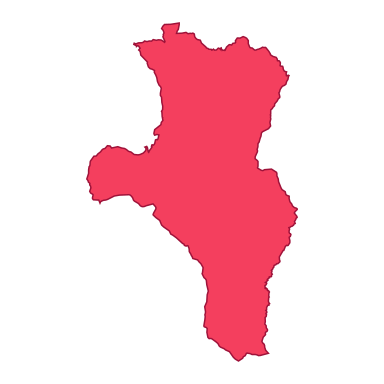 the district of Junín, Cundinamarca, Colombia
{"feature_id": "7082276B29638649258837", "entity_name": "Junín", "entity_type": "district", "adm_level": 2, "iso_a3": "COL", "parent_name": "Colombia", "parent_adm1": "Cundinamarca", "projection": "mercator", "projection_center": [-73.696, 4.691], "detail": "fine", "context": "isolated", "style": "filled", "palette": "rose", "viewbox_px": 384, "rotation_deg": 0, "n_neighbors": 0, "source": "geoboundaries", "source_scale": "gbopen_adm2", "svg_char_len": 5942}
<svg xmlns="http://www.w3.org/2000/svg" viewBox="0 0 384 384"><path d="M289.0,75.6L288.2,75.2L286.9,75.8L286.4,75.7L286.1,73.3L286.6,71.9L284.4,71.2L283.3,69.3L283.0,67.2L282.6,66.3L280.8,66.1L280.1,65.7L280.4,62.9L279.7,61.4L279.1,60.8L277.5,60.7L277.2,59.0L276.2,57.4L272.9,56.4L270.4,54.7L270.3,53.8L268.8,51.3L265.9,47.7L265.5,47.4L263.9,47.5L262.5,47.2L261.1,48.1L258.5,49.2L257.3,49.4L255.8,50.1L254.5,50.0L252.2,48.0L250.3,47.8L249.6,46.9L248.3,43.7L248.3,40.5L246.6,38.2L245.0,37.3L243.1,36.6L240.1,38.1L237.3,38.0L235.4,40.7L235.6,42.3L235.1,43.0L232.7,43.4L231.7,45.0L229.8,44.6L229.0,44.8L226.5,47.1L225.5,49.4L225.4,49.1L224.5,50.3L224.3,50.1L222.8,50.4L221.5,49.1L221.2,47.9L220.2,48.4L220.4,49.3L219.7,48.6L218.3,48.1L216.5,49.9L214.7,50.2L213.4,49.1L212.8,49.7L211.8,50.1L211.4,49.4L208.6,49.2L208.1,48.5L206.5,48.0L205.9,47.0L201.5,43.1L200.3,40.2L197.3,39.5L196.0,38.5L194.7,36.7L194.3,34.0L192.9,33.1L191.7,33.5L190.2,33.3L188.0,33.7L186.0,32.4L181.9,33.2L176.5,33.4L177.2,31.0L178.3,29.4L179.2,24.6L179.2,23.0L170.7,24.3L164.5,24.5L162.8,26.3L161.6,28.6L163.2,30.4L163.9,32.5L163.8,33.5L163.2,34.4L163.4,35.6L162.9,36.8L165.0,41.5L164.6,42.3L161.2,40.0L158.3,39.8L156.4,40.3L153.2,39.6L151.6,41.1L149.2,41.0L147.0,41.6L144.5,41.0L143.5,42.1L142.0,42.7L138.3,42.9L135.9,43.9L134.2,43.2L133.8,44.4L136.4,45.8L136.5,46.5L137.7,45.6L138.5,46.0L140.1,48.2L138.7,50.0L139.9,51.1L140.3,52.0L140.8,55.1L147.5,62.1L147.2,63.2L148.4,66.9L150.2,68.7L152.1,69.2L154.5,70.5L154.3,72.3L155.8,75.1L156.8,77.7L157.5,81.6L159.1,85.2L160.5,86.6L161.3,88.3L160.4,93.2L160.4,95.4L161.5,97.1L161.9,102.6L162.7,106.1L162.6,109.5L161.5,111.4L161.9,112.0L162.2,117.1L162.7,117.8L162.5,118.3L162.9,120.4L161.3,122.4L160.9,124.7L154.7,129.6L153.9,133.3L154.2,134.5L154.7,135.2L156.9,134.5L158.9,134.9L158.0,138.8L157.4,139.7L156.3,139.5L155.5,139.9L154.7,143.5L154.0,144.6L153.4,145.1L152.4,144.8L151.8,145.0L151.5,146.5L151.9,146.5L151.8,147.5L149.5,150.5L148.7,152.3L148.3,151.9L147.4,147.5L146.7,146.4L144.9,147.1L145.9,148.2L146.1,149.2L145.4,150.9L143.4,153.0L140.1,154.5L138.1,154.9L134.1,154.5L131.1,152.1L128.5,151.3L126.5,149.6L124.6,148.5L121.6,148.0L117.8,146.7L111.6,148.0L110.1,146.0L107.4,145.7L105.1,148.4L103.1,149.0L101.9,150.0L100.6,151.8L97.9,153.9L96.5,155.7L95.8,156.1L93.9,156.2L90.5,161.0L90.2,161.8L90.0,164.9L89.7,166.0L89.1,166.7L88.6,169.9L88.6,173.4L86.8,179.0L88.0,180.6L88.4,182.1L89.8,183.3L89.7,184.9L90.5,186.0L90.9,187.9L89.7,191.3L90.6,193.0L92.7,194.3L93.1,194.9L92.4,198.0L92.6,198.8L93.4,199.8L98.8,200.1L100.0,203.1L100.6,201.7L101.8,201.0L103.5,200.3L105.8,200.0L107.6,199.4L114.3,196.0L119.5,195.1L129.1,194.7L130.4,195.2L131.4,196.2L132.6,197.7L133.5,200.1L134.4,201.1L138.5,203.5L140.3,205.7L141.4,206.4L142.8,206.7L144.3,206.5L146.3,205.7L153.0,203.9L155.5,206.7L155.9,207.5L155.9,208.9L153.7,212.9L153.1,214.4L153.2,215.0L155.8,217.5L159.7,220.4L161.6,225.0L163.6,226.9L169.3,230.9L170.8,234.1L172.7,235.1L176.4,237.8L182.5,243.4L184.0,244.2L184.4,245.4L186.1,246.1L187.4,245.6L188.0,245.8L189.1,248.6L189.3,251.7L190.8,254.1L191.4,255.6L192.2,256.7L192.8,258.5L197.6,259.9L198.9,261.7L200.9,263.7L203.1,267.6L202.5,272.6L202.1,273.7L204.0,277.6L205.4,278.8L206.3,280.2L206.8,284.8L208.3,291.1L207.2,294.8L206.8,301.8L204.7,306.7L205.5,311.6L205.4,313.1L204.9,314.8L205.2,316.6L204.9,319.5L203.9,325.6L204.0,326.4L204.3,326.8L206.2,327.5L207.2,328.5L206.9,332.3L207.9,337.4L209.1,338.6L211.0,338.5L211.8,338.8L215.8,341.7L217.9,343.5L219.3,346.1L220.5,347.1L224.3,348.8L225.5,349.9L229.5,351.7L233.4,357.3L235.3,359.1L238.5,361.0L242.6,358.3L243.4,356.7L245.2,355.7L246.4,353.4L247.0,353.1L250.2,353.6L252.0,354.5L255.3,354.5L257.4,355.0L258.4,355.6L260.1,355.5L268.4,353.3L265.7,350.3L264.7,347.3L264.6,345.6L264.1,344.2L262.7,342.9L261.9,341.4L263.2,337.2L265.5,334.7L265.3,332.9L266.0,331.9L267.0,331.4L267.5,330.3L267.4,329.4L266.3,327.9L266.1,325.6L264.8,324.0L265.3,321.8L265.1,317.5L266.2,316.4L266.5,314.5L265.9,313.8L265.9,313.3L266.8,312.7L266.7,311.4L265.8,310.4L266.6,309.8L266.6,307.6L267.6,305.6L268.2,305.1L268.9,305.2L269.0,304.1L269.6,303.7L269.0,302.9L268.4,301.3L268.7,297.5L269.2,297.0L268.7,296.2L268.9,293.1L269.4,292.0L268.6,290.8L267.8,290.7L267.3,290.1L267.5,289.4L267.1,288.9L266.4,288.3L266.0,288.7L265.2,288.4L265.5,287.6L265.0,287.2L265.0,285.5L265.8,285.1L266.7,283.5L266.5,283.0L265.5,282.4L266.7,281.7L267.0,280.9L267.9,280.2L267.3,279.6L267.5,279.2L268.4,278.6L268.6,278.1L269.5,277.8L269.4,276.8L271.0,276.8L271.5,276.4L271.5,275.1L272.3,274.2L271.4,272.9L272.0,271.0L271.4,270.3L272.8,268.9L272.8,268.2L273.7,267.4L274.1,265.4L275.9,264.7L276.6,263.7L277.8,263.7L279.7,262.0L280.0,261.1L279.5,259.9L279.3,257.0L283.1,250.5L283.8,250.4L285.4,246.3L286.7,245.3L287.2,245.6L288.1,245.4L289.8,242.8L289.9,240.8L289.2,237.6L289.3,237.1L290.3,236.5L290.9,234.6L290.5,233.8L289.6,233.4L289.1,232.4L289.1,230.9L289.6,229.1L288.9,227.6L289.8,227.4L291.0,226.5L292.0,226.3L293.6,225.1L294.1,224.0L295.2,223.5L294.5,221.5L295.7,219.6L296.2,218.1L297.1,217.5L296.9,216.4L294.3,213.0L295.1,211.6L297.2,209.5L297.2,208.9L296.4,208.2L294.4,207.6L292.4,205.8L291.8,204.1L289.9,201.7L289.1,198.5L289.2,196.2L286.9,195.3L285.9,194.6L285.2,191.7L282.0,189.6L280.9,187.6L278.6,181.8L278.2,178.8L276.9,175.9L276.9,173.5L276.5,172.3L271.5,169.1L264.4,169.7L263.2,170.5L262.3,170.6L260.9,170.1L257.6,168.1L257.5,167.8L258.0,166.2L258.0,161.5L257.4,160.6L255.1,158.7L255.2,156.7L257.4,151.8L257.5,150.6L257.1,149.5L257.9,146.8L258.0,143.6L259.1,142.1L260.1,138.4L261.0,136.1L261.4,133.1L262.4,131.8L268.5,128.7L270.6,126.0L269.9,122.4L270.8,118.9L270.5,117.7L270.7,115.4L270.3,114.9L270.7,114.2L270.7,110.8L270.9,109.7L272.3,108.6L272.9,107.4L274.5,105.8L274.7,103.8L277.1,101.1L278.3,98.8L279.7,97.6L279.8,96.5L278.9,92.8L279.6,91.8L279.9,90.3L280.6,88.7L282.3,86.3L284.5,85.3L285.9,84.2L286.6,81.5L287.9,79.5L288.5,76.4L289.0,75.6Z" fill="#f43f5e" stroke="#9f1239" stroke-width="1.5"/></svg>